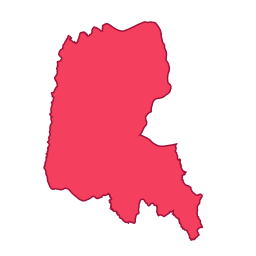 Logroño, Morona Santiago, Ecuador (Robinson projection), rotated 184°
{"feature_id": "8360857B64842407463110", "entity_name": "Logroño", "entity_type": "district", "adm_level": 2, "iso_a3": "ECU", "parent_name": "Ecuador", "parent_adm1": "Morona Santiago", "projection": "robinson", "projection_center": [-78.085, -2.764], "detail": "fine", "context": "isolated", "style": "filled", "palette": "rose", "viewbox_px": 256, "rotation_deg": 184, "n_neighbors": 0, "source": "geoboundaries", "source_scale": "gbopen_adm2", "svg_char_len": 5700}
<svg xmlns="http://www.w3.org/2000/svg" viewBox="0 0 256 256"><g transform="rotate(184 128 128)"><path d="M149.4,57.2L149.3,58.1L148.3,59.2L146.0,59.2L143.4,60.5L142.9,61.2L142.6,61.2L142.4,60.3L141.5,60.1L141.6,59.4L141.4,59.2L141.3,58.7L141.0,58.7L140.9,57.6L139.9,57.3L139.8,56.4L139.5,56.1L141.2,55.0L141.3,54.7L141.0,54.5L141.4,54.2L140.4,53.6L140.3,52.6L141.0,52.5L139.6,51.0L139.5,49.6L139.7,49.0L139.7,48.6L139.3,48.5L139.8,47.1L139.4,47.2L138.8,46.8L139.2,45.8L138.7,45.7L138.3,46.2L137.8,46.1L137.5,45.7L137.6,44.8L136.4,44.0L134.6,44.3L133.6,43.2L132.8,43.2L132.6,42.5L133.1,41.9L132.4,41.5L132.4,41.0L131.9,40.5L131.1,40.6L130.7,40.3L130.1,38.0L128.2,37.1L127.2,36.9L127.0,36.6L126.9,35.9L124.7,34.2L123.8,33.8L121.6,33.7L120.9,33.2L120.2,34.7L118.1,34.4L115.8,33.5L114.9,33.6L114.6,33.8L114.3,34.7L114.4,36.8L114.1,40.0L113.5,41.9L113.0,42.8L111.5,43.3L111.2,43.9L111.9,47.5L111.6,50.2L111.7,52.6L111.2,54.1L111.0,55.4L110.7,56.5L110.0,57.5L108.3,58.0L107.6,57.9L106.6,57.0L105.1,54.7L103.9,54.1L102.3,51.8L101.1,52.3L100.4,53.1L100.3,53.5L99.2,54.5L98.2,54.7L96.8,53.8L96.3,52.7L94.8,52.5L94.3,52.8L93.9,52.5L93.7,51.7L93.4,51.5L93.6,50.8L93.2,49.9L93.5,48.4L93.2,47.6L93.5,46.3L92.5,45.1L92.6,44.3L92.3,43.7L91.4,42.7L90.4,43.4L89.0,43.6L85.9,42.2L81.1,45.8L80.3,47.6L79.6,47.2L78.5,47.3L77.2,48.7L76.8,46.3L77.4,45.3L76.8,45.2L76.5,44.4L76.0,44.7L75.2,44.2L75.0,43.6L73.7,42.2L72.0,41.4L71.5,40.8L70.6,40.7L70.7,38.9L69.8,38.3L70.1,37.5L69.7,37.0L69.8,36.5L68.5,35.6L68.3,34.6L67.7,33.7L68.1,33.3L68.0,33.1L67.1,32.8L66.5,32.0L66.5,31.6L66.0,31.1L65.6,31.5L64.1,30.2L63.0,30.3L62.1,29.5L61.6,29.4L61.6,28.6L60.2,26.7L59.0,24.1L59.0,22.8L58.4,22.1L57.8,21.9L57.5,21.2L57.1,21.3L57.3,20.8L56.7,20.7L55.4,21.5L54.4,21.2L54.0,21.6L54.0,22.2L53.5,22.0L52.3,23.7L51.4,24.2L50.9,25.4L49.7,26.3L51.7,29.9L51.7,31.2L50.7,32.6L49.0,33.8L47.0,34.1L47.5,35.6L47.9,36.4L48.4,36.7L49.1,38.4L49.4,40.6L51.4,43.0L51.4,44.1L52.2,44.3L52.6,44.8L53.0,47.4L53.3,48.1L52.9,51.5L53.3,52.4L53.2,53.6L53.5,54.6L51.3,58.1L51.4,60.7L49.6,64.2L49.4,65.3L49.5,66.0L50.1,66.6L51.3,67.0L52.3,66.8L53.3,66.0L54.1,65.8L55.0,65.7L56.1,66.2L56.7,66.9L58.5,68.0L60.0,69.7L61.2,71.8L61.0,72.7L61.2,72.9L63.5,74.4L66.8,75.2L69.0,77.8L69.4,78.6L69.4,79.8L70.7,80.2L70.3,82.8L70.8,84.1L70.7,84.5L68.4,85.4L68.0,86.0L68.0,86.5L68.7,86.6L68.9,86.9L68.4,87.4L67.4,87.5L67.1,88.0L70.3,89.0L70.3,89.4L71.1,90.2L72.2,92.2L72.4,92.9L72.2,93.8L72.6,94.0L72.5,94.4L73.1,94.9L72.8,95.4L73.1,96.1L73.5,96.2L73.7,96.6L73.7,98.3L73.5,99.0L73.9,100.4L74.2,100.6L75.0,99.6L75.7,100.2L75.9,100.0L76.5,100.7L76.6,103.6L77.6,105.2L77.8,106.5L78.9,107.5L79.2,108.2L78.8,109.2L78.6,111.4L79.5,113.4L78.6,115.4L82.3,114.3L90.2,112.5L92.8,112.1L96.2,112.2L99.5,113.4L102.3,114.9L105.5,117.7L108.2,119.2L113.9,121.5L115.8,121.8L114.1,124.3L111.9,129.8L109.8,132.9L109.7,134.0L109.8,135.2L110.8,137.6L111.2,140.0L110.4,142.0L109.8,142.6L109.5,143.3L108.0,144.8L106.0,145.9L106.2,149.3L105.1,155.1L104.2,157.2L102.2,159.1L96.1,160.7L94.1,162.0L91.8,164.2L90.7,164.9L89.3,166.3L88.6,167.7L88.1,170.2L88.1,172.6L89.1,174.3L90.7,175.4L91.6,176.8L91.8,179.2L92.1,180.1L91.9,184.8L91.0,187.3L90.9,191.3L92.4,195.2L94.9,198.7L94.7,204.3L95.2,206.8L97.0,210.3L97.3,212.7L97.7,213.8L99.5,216.0L101.5,223.0L101.3,223.9L102.7,228.0L104.8,231.3L107.8,234.6L108.6,235.0L113.1,235.3L115.6,234.6L118.3,235.0L119.4,234.8L125.0,232.0L133.6,227.0L139.1,224.4L140.5,224.2L143.3,224.5L145.6,225.2L148.5,226.5L154.6,230.1L156.2,230.6L157.8,230.2L160.4,228.5L160.4,222.9L162.1,223.0L163.3,224.3L164.9,224.9L166.2,225.7L168.9,226.3L170.3,224.4L170.8,222.8L170.5,221.3L170.7,220.5L171.5,219.0L172.6,218.4L173.1,217.3L174.7,216.9L175.0,217.3L175.2,218.4L175.7,218.6L176.4,218.4L176.6,219.6L177.1,219.8L177.7,219.7L177.9,220.3L178.7,220.7L179.1,220.1L179.8,220.3L180.1,219.9L180.8,220.1L181.9,219.8L182.6,218.5L182.6,217.5L183.1,215.7L183.3,214.0L184.1,212.3L184.0,210.8L184.8,210.3L185.0,209.6L185.7,208.8L186.2,208.9L187.4,210.3L188.2,209.7L189.6,210.4L190.3,211.4L192.2,212.0L192.2,212.5L191.0,213.3L190.8,213.9L191.7,214.1L191.9,215.0L193.9,215.9L194.9,212.5L195.6,212.3L195.6,211.2L195.9,210.7L196.6,210.2L197.0,208.1L198.4,206.4L198.6,205.1L198.6,202.7L200.7,201.2L201.6,199.6L202.2,197.0L202.1,196.4L201.4,195.4L200.1,194.4L198.9,192.9L198.9,192.3L200.6,189.9L201.5,189.4L202.3,189.6L202.9,189.3L203.0,188.1L202.4,186.8L202.8,185.3L202.3,184.5L203.3,182.8L203.3,182.2L202.6,180.9L202.4,177.0L204.6,173.1L204.7,172.5L203.7,170.6L202.3,168.8L201.3,165.0L202.5,163.6L203.8,160.9L204.2,159.3L204.7,158.4L205.1,158.1L206.4,158.0L206.7,157.3L205.9,155.5L205.7,154.0L204.4,153.7L204.1,153.2L204.7,151.0L204.4,149.5L204.6,149.2L205.5,148.9L206.1,148.0L205.9,147.4L205.1,146.6L206.1,142.5L206.1,139.7L205.7,139.1L205.7,137.8L205.9,137.3L206.8,136.8L206.9,136.2L205.9,134.6L204.4,133.8L204.6,133.4L205.6,132.7L205.1,130.5L204.4,129.1L204.3,127.5L205.5,125.9L205.9,122.4L205.4,121.0L206.1,118.9L205.6,117.4L205.0,116.2L206.3,113.4L206.3,112.2L205.7,111.0L207.2,108.4L207.1,108.0L206.4,107.8L205.9,107.1L205.1,105.4L206.3,103.5L206.1,102.4L206.8,102.2L206.3,101.0L206.3,99.4L206.7,99.3L206.8,98.4L206.5,97.3L207.5,96.8L207.7,96.2L206.6,95.5L206.6,95.2L207.1,94.0L207.0,93.1L207.7,93.0L207.4,91.3L207.4,89.3L208.3,87.6L208.1,86.8L208.4,85.6L208.2,84.8L208.6,84.5L209.0,83.1L208.9,82.1L207.9,81.0L206.8,79.1L206.7,76.8L206.3,75.6L205.3,74.3L204.5,69.6L201.9,64.3L200.4,62.3L199.5,61.8L198.8,61.6L195.9,62.4L190.7,61.7L188.6,62.4L186.7,63.5L184.3,63.3L183.3,63.0L181.3,61.3L179.0,58.8L171.7,53.6L168.2,52.2L165.9,52.5L161.3,54.9L158.3,57.4L157.6,57.5L156.1,56.9L154.7,55.7L154.1,55.5L153.0,55.6L151.2,56.6L149.4,57.2Z" fill="#f43f5e" stroke="#9f1239" stroke-width="1.5"/></g></svg>